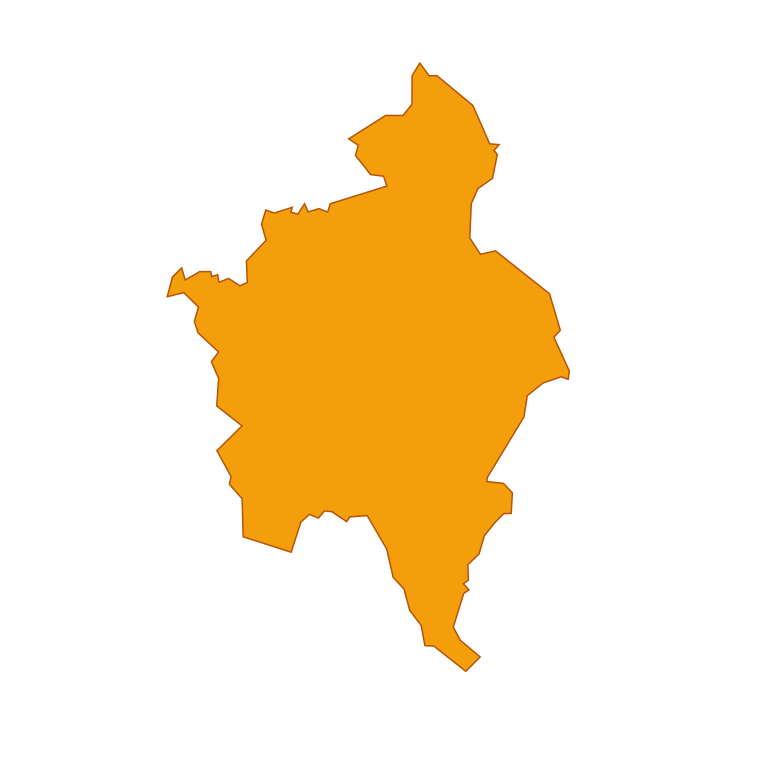 the district of Gradsko, Gradsko, North Macedonia, rotated 164°
{"feature_id": "65306769B37555850097023", "entity_name": "Gradsko", "entity_type": "district", "adm_level": 2, "iso_a3": "MKD", "parent_name": "North Macedonia", "parent_adm1": "Gradsko", "projection": "albers", "projection_center": [21.883, 41.613], "detail": "fine", "context": "isolated", "style": "filled", "palette": "amber", "viewbox_px": 768, "rotation_deg": 164, "n_neighbors": 0, "source": "geoboundaries", "source_scale": "gbopen_adm2", "svg_char_len": 1453}
<svg xmlns="http://www.w3.org/2000/svg" viewBox="0 0 768 768"><g transform="rotate(164 384 384)"><path d="M199.7,387.1L200.0,425.1L240.1,481.2L255.5,482.1L261.3,500.7L250.4,533.3L239.8,546.0L223.0,551.8L211.8,573.4L213.8,578.2L207.4,582.4L216.2,585.7L221.8,627.2L248.1,665.8L255.7,667.9L261.1,682.7L272.0,672.7L280.0,645.2L291.7,636.9L308.4,641.7L350.4,629.4L342.9,620.6L348.4,611.6L339.2,589.0L327.2,583.9L326.7,573.5L386.1,572.1L390.7,564.8L398.2,570.5L409.5,570.3L410.7,579.1L419.9,571.1L426.1,574.8L423.5,579.1L442.2,578.6L449.7,583.8L457.7,571.4L457.7,554.7L482.4,540.1L487.4,519.3L495.5,518.1L504.3,528.3L514.6,527.3L513.8,535.0L520.1,534.6L519.6,539.8L530.2,542.8L546.4,538.8L546.5,551.4L557.8,545.2L568.3,527.7L551.3,527.0L541.1,509.1L549.1,496.4L548.6,484.3L534.2,460.3L543.8,453.0L541.4,434.9L550.9,409.0L532.0,382.9L563.0,366.0L556.5,337.2L560.3,330.2L552.0,312.9L561.5,275.9L519.6,247.9L501.9,274.2L491.6,279.2L484.0,273.2L476.2,278.4L469.3,275.6L457.8,262.0L453.5,265.7L436.4,262.1L426.9,224.6L428.5,195.8L421.3,181.3L421.7,159.2L414.8,141.6L416.8,121.2L408.3,118.3L384.6,85.3L366.8,95.1L381.3,116.6L384.4,131.2L365.1,160.7L359.1,162.6L362.8,170.1L357.0,172.2L353.2,187.2L339.5,194.4L329.3,210.6L314.7,220.8L304.7,226.4L297.4,224.5L290.6,244.0L296.6,255.6L312.1,261.9L310.4,265.7L258.5,313.8L249.5,333.3L230.9,341.1L211.8,342.1L205.6,337.7L202.3,345.5L207.8,382.1L199.7,387.1Z" fill="#f59e0b" stroke="#b45309" stroke-width="1.5"/></g></svg>